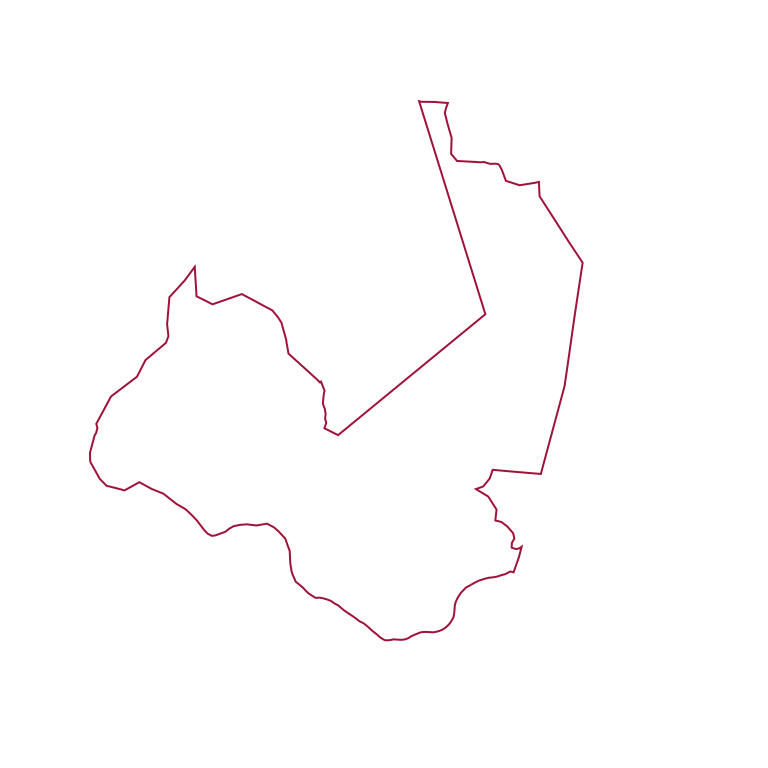 outline of San Bartolomé Ayautla, Oaxaca, Mexico, rotated 40°
{"feature_id": "50627088B49062393925558", "entity_name": "San Bartolomé Ayautla", "entity_type": "district", "adm_level": 2, "iso_a3": "MEX", "parent_name": "Mexico", "parent_adm1": "Oaxaca", "projection": "albers", "projection_center": [-96.67, 18.058], "detail": "fine", "context": "isolated", "style": "outline", "palette": "rose", "viewbox_px": 768, "rotation_deg": 40, "n_neighbors": 0, "source": "geoboundaries", "source_scale": "gbopen_adm2", "svg_char_len": 2541}
<svg xmlns="http://www.w3.org/2000/svg" viewBox="0 0 768 768"><g transform="rotate(40 384 384)"><path d="M236.9,640.3L246.5,635.6L253.6,632.3L259.7,616.5L273.6,613.7L285.6,609.8L302.2,609.3L312.4,607.5L321.3,608.0L328.4,608.8L334.5,610.2L340.3,611.5L345.1,612.0L349.7,611.0L352.2,608.3L357.5,599.1L358.4,594.5L360.2,589.6L364.3,584.4L369.2,579.6L377.2,574.4L384.1,566.2L391.6,564.6L397.5,564.6L407.7,565.9L413.5,569.3L419.1,572.5L423.5,577.3L427.7,581.8L433.6,586.9L435.5,588.1L436.6,588.8L439.3,590.1L443.5,592.2L447.0,592.1L453.0,592.1L457.3,592.7L460.6,592.9L464.3,592.5L469.1,591.8L471.9,589.1L474.7,587.5L479.4,585.4L482.9,584.3L487.2,583.9L491.4,583.0L495.9,583.1L498.5,583.1L502.1,582.8L508.3,582.1L513.3,581.6L517.2,581.6L522.4,580.4L527.9,580.3L534.1,580.6L539.4,580.4L543.8,580.6L549.2,579.8L551.9,577.7L553.9,575.5L555.4,573.5L557.6,571.9L560.2,570.0L562.2,568.4L564.6,565.7L566.1,562.7L567.0,559.8L567.9,557.9L568.6,556.4L570.1,553.6L571.9,550.4L574.8,547.5L578.5,544.7L581.1,542.8L583.4,540.1L585.1,537.6L586.8,534.4L587.8,530.6L588.0,529.2L588.3,526.4L588.2,523.9L587.3,518.5L586.4,516.7L584.9,514.1L580.5,508.0L579.0,504.7L578.0,501.0L577.5,498.2L577.1,494.4L577.4,490.9L577.6,487.3L579.2,483.4L580.7,479.1L582.8,474.2L585.4,469.9L588.6,465.3L591.9,461.9L594.4,458.9L596.5,455.4L599.0,451.9L601.3,446.4L604.3,445.0L598.7,430.0L594.0,420.2L593.2,423.0L591.4,425.5L587.0,427.3L584.1,423.6L583.2,418.6L578.9,415.3L570.1,413.9L562.6,414.2L557.0,417.0L551.0,407.9L536.2,403.2L522.0,405.4L525.9,398.6L525.7,388.3L522.4,379.9L540.3,367.4L562.0,352.1L559.0,345.7L523.7,269.6L512.9,252.1L485.5,208.1L480.8,200.4L458.2,163.4L435.5,156.7L405.1,147.2L382.5,140.2L372.8,129.6L370.2,133.0L360.1,144.6L346.8,150.0L336.6,144.2L331.6,142.2L330.2,142.2L328.1,143.3L326.0,145.2L324.0,147.0L320.8,148.5L318.1,149.5L315.5,152.1L311.2,155.2L296.6,166.2L287.5,164.6L277.6,152.0L265.5,143.9L256.3,137.2L254.2,132.8L252.3,127.7L241.1,135.7L231.2,143.8L229.1,144.8L416.8,265.4L410.5,298.9L381.7,452.7L366.8,456.2L364.6,450.7L361.3,448.6L358.6,444.5L354.3,440.8L352.2,439.8L349.7,438.2L347.0,434.3L344.0,429.9L342.9,427.4L334.2,422.7L333.9,424.0L330.1,423.6L291.3,422.1L282.6,414.8L280.8,413.1L266.0,402.9L259.7,401.0L251.2,399.4L217.3,406.5L201.4,433.2L184.0,437.3L163.7,415.9L164.8,432.9L163.8,455.4L179.4,477.6L188.1,485.9L190.5,492.7L185.9,518.9L190.1,537.2L182.9,569.0L189.2,599.4L192.8,602.0L195.1,607.0L195.2,609.0L203.0,625.7L207.7,631.1L209.6,632.7L212.7,633.8L227.4,639.4L236.9,640.3Z" fill="none" stroke="#9f1239" stroke-width="2"/></g></svg>